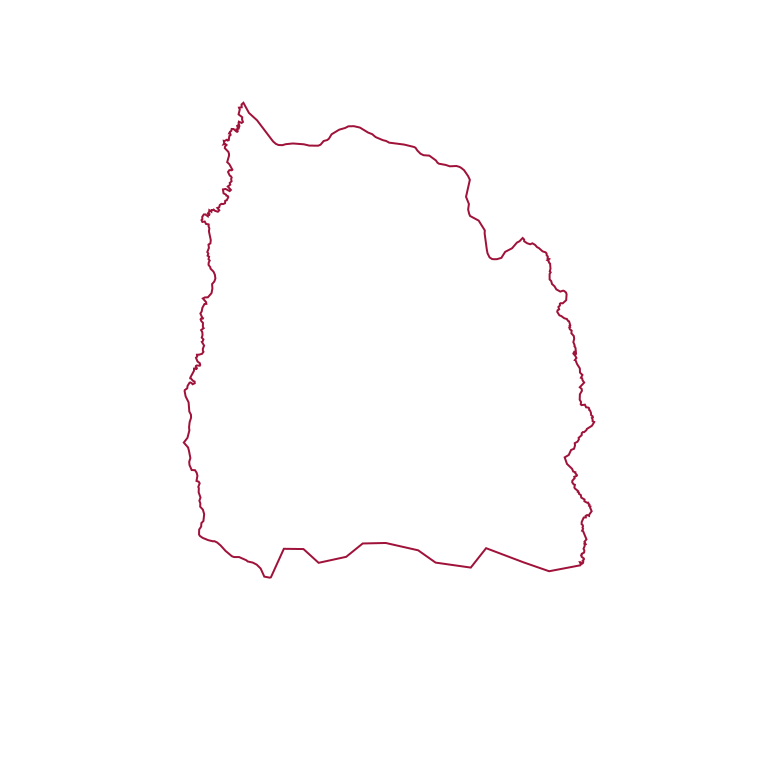 outline of Garu, Upper East, Ghana, rotated 119°
{"feature_id": "2480657B97498759939018", "entity_name": "Garu", "entity_type": "district", "adm_level": 2, "iso_a3": "GHA", "parent_name": "Ghana", "parent_adm1": "Upper East", "projection": "natural_earth1", "projection_center": [-0.247, 10.771], "detail": "fine", "context": "isolated", "style": "outline", "palette": "rose", "viewbox_px": 768, "rotation_deg": 119, "n_neighbors": 0, "source": "geoboundaries", "source_scale": "gbopen_adm2", "svg_char_len": 6166}
<svg xmlns="http://www.w3.org/2000/svg" viewBox="0 0 768 768"><g transform="rotate(119 384 384)"><path d="M580.4,485.3L581.7,481.5L585.0,478.2L591.4,475.5L594.2,476.3L597.3,474.8L600.9,475.1L605.3,472.8L606.1,471.5L606.5,468.1L605.8,462.1L604.5,457.3L603.7,456.2L603.5,453.2L604.4,448.7L606.8,441.7L608.4,433.4L608.0,431.2L605.6,426.8L604.9,418.9L605.3,417.3L603.8,412.1L603.7,407.7L605.2,402.4L610.5,395.3L608.8,390.1L607.9,389.2L576.7,391.7L567.4,374.4L572.1,354.5L553.5,333.3L533.8,325.3L522.2,305.4L512.9,273.5L515.2,252.3L502.5,219.1L478.1,215.1L472.3,175.3L467.7,148.8L447.4,124.4L446.1,124.6L444.9,126.3L444.5,125.5L445.2,123.7L444.1,123.2L442.7,123.6L442.1,124.6L440.6,124.1L439.7,124.6L439.3,127.3L438.2,128.6L437.4,128.2L436.6,128.7L434.4,127.3L432.5,128.0L431.4,129.6L428.1,130.0L426.6,131.2L426.2,130.2L424.7,132.2L421.7,131.6L416.2,138.5L416.3,139.6L414.1,139.7L413.3,140.8L411.9,141.0L411.0,141.9L410.8,143.2L408.8,144.2L404.0,144.6L402.8,142.8L401.6,143.7L400.1,142.8L399.9,140.7L398.8,141.2L394.6,140.7L392.1,143.9L391.0,144.1L391.1,145.7L389.8,145.9L389.5,147.5L388.8,147.9L389.4,149.1L389.4,151.9L387.8,152.6L387.7,156.4L385.7,158.0L385.5,160.3L384.5,160.9L384.4,162.2L383.6,162.2L382.8,166.5L382.1,167.4L379.6,168.2L379.8,169.5L378.8,171.7L377.2,172.4L373.9,171.6L372.9,172.6L371.1,171.0L370.2,171.0L369.2,173.5L368.4,173.8L368.8,176.1L367.0,178.4L365.2,185.2L360.6,190.4L356.5,188.0L351.0,188.4L348.5,186.4L345.2,187.1L343.3,188.5L340.7,186.8L337.9,186.7L336.7,187.7L333.0,186.3L331.1,187.2L329.7,186.8L329.0,185.6L326.3,184.6L325.0,184.8L319.7,181.9L315.3,181.7L315.4,183.5L313.6,184.6L312.9,185.7L311.8,185.2L311.1,185.9L310.9,187.6L308.7,189.2L307.2,191.1L307.2,192.0L305.7,192.9L305.6,194.0L306.4,195.9L304.7,198.3L306.7,201.0L306.4,202.1L304.2,202.9L302.9,205.2L298.0,207.7L294.0,207.6L292.5,208.7L291.9,211.2L285.7,209.6L284.5,212.1L283.0,213.4L283.1,214.8L279.9,214.8L279.0,218.1L275.4,220.3L272.9,224.9L270.5,227.8L270.6,228.7L267.9,228.3L266.4,230.9L265.5,230.8L265.1,231.4L266.0,232.3L265.5,233.2L263.5,233.2L263.4,232.6L264.2,231.8L264.0,231.0L259.6,234.0L258.6,235.8L257.7,236.0L255.6,238.7L252.2,239.6L250.0,241.3L248.8,244.7L246.3,245.8L246.0,248.0L244.8,249.3L244.0,248.8L243.2,249.9L242.4,249.5L239.5,252.5L239.5,253.9L238.5,255.5L239.1,258.2L238.6,261.9L238.9,263.9L236.9,267.5L235.4,267.9L233.8,267.0L232.1,268.8L230.1,268.2L228.5,269.1L227.6,268.6L226.8,266.8L222.4,265.3L217.0,267.8L215.8,269.1L215.3,271.2L215.5,272.6L217.7,274.6L217.7,279.1L215.8,282.4L215.1,285.5L212.9,287.7L212.3,289.8L207.5,292.5L205.5,292.4L205.2,293.6L202.4,294.3L198.2,297.1L197.8,298.6L196.6,299.6L196.5,301.2L194.6,300.2L194.7,301.9L193.0,302.6L192.6,304.1L191.1,305.0L190.5,306.5L191.1,309.6L190.0,314.6L190.1,316.5L189.1,319.2L189.0,322.4L190.9,323.9L191.5,327.0L191.2,330.6L189.7,331.5L189.1,333.5L193.5,334.7L195.9,336.3L203.2,337.8L209.7,342.1L216.8,342.5L220.1,345.8L221.4,348.0L222.3,350.0L222.1,353.0L219.6,356.7L216.8,359.1L203.5,369.0L200.8,370.3L195.2,380.4L195.3,390.2L193.7,392.2L190.6,395.0L185.4,397.0L180.5,403.0L163.8,407.9L161.4,411.2L158.2,417.6L157.6,420.9L157.5,423.1L158.2,426.3L161.7,432.0L162.5,436.3L164.7,442.8L164.5,444.6L163.3,447.0L162.3,455.1L164.7,460.3L164.9,463.7L163.6,468.1L162.1,471.0L162.1,472.5L164.8,482.4L170.4,496.5L170.4,499.9L171.3,503.3L172.1,511.0L171.2,515.5L171.8,519.8L171.4,529.4L173.1,535.3L175.9,540.1L178.9,542.1L183.3,546.5L191.0,550.9L196.2,551.1L198.1,551.9L200.8,554.6L205.4,555.5L207.4,557.0L211.7,564.9L213.2,570.3L217.8,580.3L221.9,586.2L224.4,588.7L226.1,592.1L226.4,595.0L225.6,598.7L214.9,622.9L212.4,633.5L206.2,643.3L208.6,644.1L211.0,642.6L212.6,644.8L213.9,643.2L218.7,641.9L219.4,637.3L221.3,636.5L223.2,634.4L224.7,635.1L224.9,638.1L226.2,637.8L228.5,635.5L229.9,635.2L228.8,637.3L229.4,637.6L231.6,635.3L232.6,636.3L233.7,634.5L234.4,634.5L234.8,635.2L233.9,639.2L234.8,640.9L236.6,640.3L238.2,641.0L239.9,640.9L239.5,640.0L240.5,638.9L242.1,639.5L246.0,638.0L246.8,638.7L246.5,639.8L248.8,641.3L249.0,642.0L250.9,640.5L252.1,640.5L251.0,639.4L251.3,637.6L253.3,638.2L254.9,637.6L256.4,632.7L257.8,631.2L259.2,630.3L266.0,628.7L266.7,625.9L270.1,620.5L270.9,620.8L271.9,622.9L274.2,623.2L276.5,619.9L276.6,618.4L277.3,617.3L278.8,617.1L280.6,615.6L283.0,616.4L284.2,615.1L287.0,616.4L288.5,612.0L290.1,612.5L290.2,617.1L291.9,619.2L295.0,616.8L295.0,613.9L295.7,613.2L295.3,611.9L296.0,610.8L299.5,610.6L300.7,611.7L303.0,610.7L304.6,611.9L305.3,613.6L307.1,614.4L309.3,613.8L310.8,615.1L311.9,612.3L313.9,612.8L314.5,616.0L313.8,618.3L314.5,617.6L315.4,619.1L317.0,618.5L316.7,621.0L318.0,620.4L320.0,620.7L320.0,619.0L321.0,618.8L321.7,619.8L322.7,619.4L322.3,622.5L323.1,623.8L326.0,624.0L327.8,622.8L329.1,623.1L330.3,621.4L328.8,619.6L330.3,617.2L329.4,614.8L329.8,614.4L331.0,614.0L332.6,612.2L335.4,611.1L342.1,605.3L345.2,604.0L347.1,605.1L349.9,603.1L354.3,602.5L355.0,600.9L357.3,600.5L357.4,598.7L359.9,598.0L360.5,596.3L362.8,596.2L364.9,595.2L366.1,592.5L367.2,591.7L368.4,587.6L370.4,584.9L373.5,582.6L376.5,582.1L380.0,582.8L383.6,580.4L388.2,578.9L393.6,580.1L395.1,582.6L397.0,583.9L398.6,579.4L400.0,578.2L401.1,579.8L405.4,579.8L409.0,578.6L411.3,578.8L414.2,575.0L414.2,574.2L414.7,574.2L415.5,575.7L416.3,575.8L417.5,574.4L418.3,572.0L421.9,570.1L422.6,568.8L425.5,570.1L426.8,568.0L429.2,566.4L431.8,565.9L432.5,563.6L434.9,563.3L435.5,563.7L437.6,560.0L441.1,559.5L442.8,558.5L443.4,557.5L445.8,557.8L447.9,559.8L449.1,561.8L450.5,560.7L452.2,561.2L454.7,558.0L455.1,555.2L456.4,554.0L457.3,554.0L458.6,556.8L459.4,557.2L460.5,556.9L460.9,555.3L461.8,555.3L462.7,557.6L464.6,556.6L472.3,556.5L473.0,556.2L472.8,555.4L473.8,552.7L473.7,550.8L475.1,549.9L477.0,551.3L476.5,552.6L476.6,554.2L477.1,554.7L480.9,554.9L483.2,554.0L485.9,555.3L486.8,555.0L491.0,551.5L494.8,546.0L502.5,540.9L504.4,538.0L507.0,536.4L511.6,535.5L516.4,533.5L519.0,531.7L526.4,529.8L532.3,530.7L534.5,524.6L537.1,522.1L542.7,517.4L546.4,516.7L549.1,514.9L552.5,510.5L551.0,507.5L552.5,504.8L554.7,502.7L559.7,501.0L559.3,498.7L560.2,497.1L564.1,496.5L564.8,495.5L568.6,493.6L572.3,489.4L575.6,488.9L577.4,486.8L580.4,485.3Z" fill="none" stroke="#9f1239" stroke-width="2"/></g></svg>